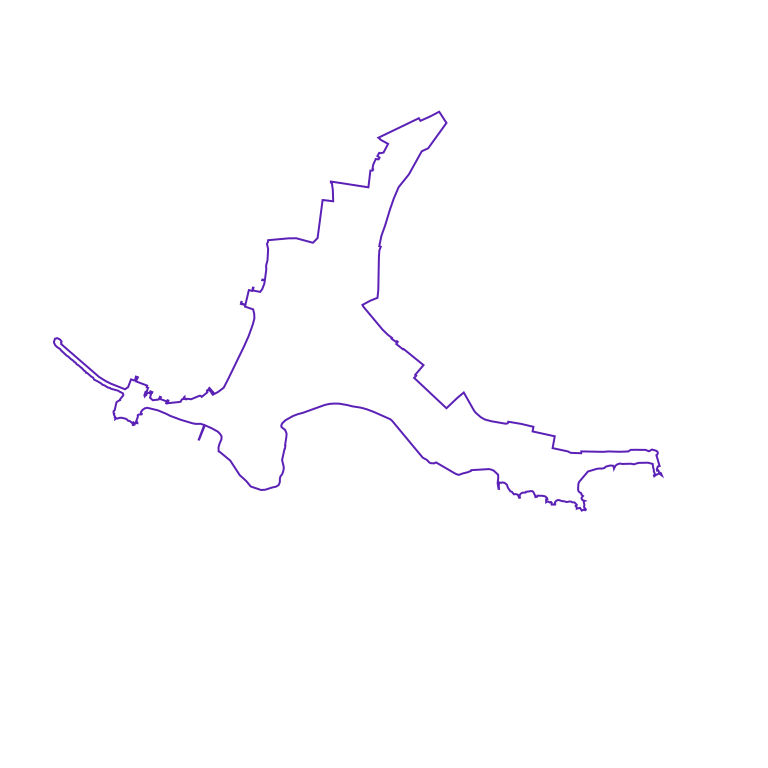 outline of Al Gumruk, Al Iskandariyah, Egypt, rotated 228°
{"feature_id": "37247803B59433804182787", "entity_name": "Al Gumruk", "entity_type": "district", "adm_level": 2, "iso_a3": "EGY", "parent_name": "Egypt", "parent_adm1": "Al Iskandariyah", "projection": "orthographic", "projection_center": [29.884, 31.203], "detail": "fine", "context": "isolated", "style": "outline", "palette": "violet", "viewbox_px": 768, "rotation_deg": 228, "n_neighbors": 0, "source": "geoboundaries", "source_scale": "gbopen_adm2", "svg_char_len": 6166}
<svg xmlns="http://www.w3.org/2000/svg" viewBox="0 0 768 768"><g transform="rotate(228 384 384)"><path d="M570.8,544.6L567.1,545.1L559.7,547.7L556.3,538.5L558.0,535.7L559.0,535.1L557.8,531.6L555.3,532.2L554.8,531.4L554.6,530.2L556.7,528.5L554.3,522.9L551.8,519.6L550.9,519.7L550.2,518.5L551.7,516.7L540.6,504.0L570.0,480.0L569.2,479.3L568.5,479.9L562.3,475.7L553.8,468.5L561.8,461.5L536.9,432.3L536.5,425.7L550.9,416.4L555.9,410.8L568.4,394.1L567.4,393.1L566.4,390.8L561.7,388.1L553.8,380.1L550.9,375.6L548.1,373.4L541.0,365.1L543.0,363.5L542.7,363.0L540.8,364.8L538.7,362.3L536.0,357.0L535.3,353.6L541.3,349.1L542.9,351.4L543.3,351.1L541.4,348.3L544.2,346.4L535.7,334.1L539.3,331.8L540.2,333.1L540.5,332.9L539.3,331.2L535.4,333.8L534.5,332.5L527.0,336.7L523.0,334.5L519.4,331.5L515.9,326.1L510.3,315.7L505.7,305.4L491.7,270.9L488.5,262.4L489.1,255.4L490.1,251.5L497.9,251.6L497.8,250.9L490.5,250.9L490.5,249.7L492.1,249.7L492.2,250.2L495.8,250.1L497.6,248.8L497.6,248.0L496.0,247.1L496.4,239.9L497.8,239.9L498.7,239.0L501.8,230.3L503.3,229.2L504.8,227.6L504.7,227.1L505.3,226.5L505.7,226.7L506.5,225.6L507.9,227.0L507.9,226.2L507.1,225.2L507.8,223.3L506.9,221.1L507.7,219.7L514.6,210.2L515.9,212.7L516.8,212.2L516.5,211.6L516.1,211.9L514.9,209.5L515.5,209.2L516.4,210.9L522.7,207.6L523.5,209.4L524.4,208.9L524.2,208.6L523.7,208.9L523.0,207.4L523.7,206.9L523.3,206.0L526.7,201.3L530.4,201.0L533.3,205.6L532.7,205.8L533.0,206.4L534.9,205.5L534.7,205.0L533.9,205.4L533.3,204.0L536.1,202.4L534.9,199.9L535.5,199.6L535.0,198.0L536.0,198.4L537.7,201.5L536.9,202.0L539.0,206.1L540.5,205.5L541.3,206.9L551.8,201.5L553.5,204.5L553.2,204.6L553.7,205.6L555.5,204.6L555.0,203.8L554.7,203.9L553.8,202.0L553.8,200.7L556.7,199.1L552.9,191.7L553.4,188.0L554.0,187.7L566.9,181.3L571.9,179.3L579.8,177.0L629.6,170.8L630.0,171.4L630.8,171.6L631.2,172.7L632.4,173.0L633.7,173.0L636.7,171.9L637.8,169.8L636.3,167.1L635.5,166.4L632.6,165.6L630.1,165.8L626.7,166.7L624.9,166.5L617.1,167.2L615.7,167.7L612.0,168.0L609.2,168.7L607.5,168.6L606.2,169.1L604.2,168.8L603.1,169.3L597.2,170.1L594.8,170.0L592.9,170.6L591.9,170.0L590.8,170.8L585.4,171.4L583.3,172.1L581.2,171.5L577.2,173.1L573.0,174.3L572.0,174.2L570.3,175.2L566.1,176.5L564.4,177.7L563.4,177.8L556.5,182.2L555.7,182.2L551.9,183.7L550.7,183.3L550.0,182.5L549.2,177.5L548.6,177.1L549.3,174.8L549.4,172.9L544.8,166.4L544.7,164.8L543.1,163.5L542.5,163.7L542.0,162.8L539.3,162.1L539.1,161.4L538.2,161.4L537.7,160.8L537.5,162.3L536.7,162.8L536.1,164.4L534.7,166.2L531.2,168.7L529.5,169.3L528.0,169.2L526.5,170.3L522.9,170.8L523.5,171.4L523.3,172.1L521.8,171.9L521.9,170.1L521.6,169.9L521.2,170.2L520.7,171.6L521.6,172.2L521.8,172.8L519.9,174.5L520.8,175.1L521.9,174.5L524.3,179.1L525.6,180.1L525.5,181.2L523.6,183.6L523.8,184.0L525.2,184.0L525.8,184.5L526.3,187.0L526.0,189.9L524.8,192.1L515.8,198.3L507.2,202.4L503.8,203.6L493.4,209.0L483.1,215.3L480.5,217.2L477.1,221.1L473.8,223.0L466.7,209.2L466.4,209.4L473.2,223.3L466.5,226.3L459.9,228.6L456.4,228.8L453.7,228.2L451.7,226.2L449.6,221.7L447.7,218.7L444.5,216.0L443.6,216.5L429.9,218.5L412.8,215.8L404.2,216.7L397.0,216.4L387.5,221.7L384.9,225.0L382.1,231.3L379.9,235.2L379.4,238.1L380.7,240.8L383.5,243.5L384.6,245.2L385.2,248.3L387.2,251.6L389.1,253.8L395.7,257.4L402.2,266.5L402.1,266.9L404.2,269.5L404.6,269.4L409.9,275.9L412.3,278.4L416.0,279.8L420.5,279.0L421.9,279.9L422.9,282.1L423.0,286.5L421.2,294.7L419.2,299.9L417.0,304.1L408.0,326.1L405.5,330.4L402.7,334.0L399.2,337.7L392.7,342.8L388.6,345.5L382.4,350.6L377.6,353.8L370.6,357.5L353.6,365.1L351.3,365.4L303.4,363.5L298.8,365.1L295.7,365.1L294.1,365.6L291.5,368.1L290.9,370.2L269.4,377.1L266.9,378.4L266.2,379.2L264.9,382.5L262.4,387.2L261.2,390.6L261.6,391.2L250.5,405.1L248.5,406.5L246.1,407.6L240.2,408.1L237.6,405.9L234.4,402.2L229.5,399.0L229.1,399.3L232.2,401.7L233.5,403.9L232.0,405.1L231.6,406.2L229.7,407.5L226.9,407.9L224.1,406.7L219.7,406.1L218.4,406.9L215.1,406.7L214.3,408.0L212.2,409.4L209.0,408.3L208.6,409.0L210.3,409.9L210.9,411.6L210.9,412.9L210.5,414.3L208.6,416.6L208.8,417.5L205.8,421.9L204.9,422.6L203.8,422.7L200.5,421.8L198.6,420.9L197.8,422.3L198.4,423.2L195.5,426.4L192.8,428.5L190.6,428.9L189.2,428.4L189.8,427.3L187.6,425.4L187.2,427.1L184.9,428.0L184.8,428.9L184.4,429.2L183.4,429.1L182.2,427.9L179.9,430.5L180.1,430.9L180.9,430.8L181.7,432.1L181.9,434.1L181.5,435.4L180.4,436.6L178.1,437.7L176.3,439.4L174.0,440.8L172.4,443.5L171.4,444.3L169.9,444.9L169.0,446.0L167.8,446.4L165.2,446.4L164.9,445.8L165.1,444.8L163.6,444.7L162.4,443.8L162.2,444.8L161.4,445.5L160.8,446.8L157.6,446.3L157.0,448.2L155.6,449.0L155.5,449.9L156.3,450.2L158.1,450.1L158.9,450.5L160.0,452.0L162.9,453.6L163.2,454.0L162.8,455.0L165.0,453.8L166.7,454.1L167.3,455.0L167.6,457.0L169.5,456.7L170.9,457.5L172.7,456.8L174.4,456.9L175.8,457.7L179.8,461.7L180.7,463.6L182.5,477.0L178.5,485.5L176.6,488.1L175.5,489.0L174.1,491.6L174.2,493.4L172.2,497.4L170.1,499.5L168.9,499.4L167.2,498.3L168.4,501.2L168.2,503.6L167.1,506.0L165.0,507.7L159.6,514.1L157.1,516.0L155.1,520.3L148.9,527.5L144.8,530.2L142.0,528.2L139.8,527.2L139.0,526.3L135.7,525.0L135.4,524.4L135.5,523.4L134.6,523.1L134.4,525.3L133.5,528.6L130.2,529.3L132.5,530.1L134.4,529.4L136.3,530.1L136.8,529.0L138.0,529.6L139.5,532.3L138.6,533.9L148.8,538.8L148.6,539.5L149.3,541.1L150.0,541.7L150.9,541.9L152.6,541.4L156.0,539.3L156.7,535.9L160.0,534.3L167.6,526.0L170.0,523.2L170.4,520.4L176.2,513.5L183.5,505.9L187.0,501.4L201.9,485.5L200.6,484.2L208.0,476.6L210.8,475.6L223.5,466.4L230.9,475.9L249.3,462.7L252.2,466.4L262.5,459.3L272.8,451.1L272.0,449.7L273.0,447.9L284.3,439.0L290.1,435.2L294.6,433.7L301.4,432.9L304.0,433.1L324.3,437.6L324.6,429.6L324.2,414.2L368.4,410.5L368.6,413.5L369.9,413.3L371.6,426.0L396.9,422.0L397.0,421.3L405.5,419.9L406.1,422.4L407.2,422.3L407.2,421.1L412.7,419.9L412.9,420.8L417.8,419.8L425.3,419.3L455.1,420.4L457.2,420.9L455.0,429.8L452.4,436.8L457.4,442.4L482.0,465.4L486.5,470.1L488.1,473.4L489.6,472.7L495.9,481.3L501.0,490.8L509.5,504.9L515.3,515.4L520.5,526.6L523.1,542.7L531.7,567.8L529.6,574.5L536.2,605.1L549.4,607.2L552.0,597.1L555.2,587.2L558.2,587.7L570.8,544.6Z" fill="none" stroke="#5b21b6" stroke-width="2"/></g></svg>